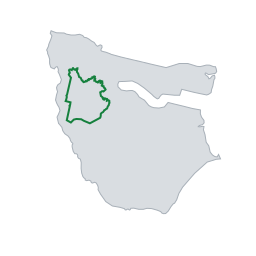 Goudiry, Tambacounda, Senegal (highlighted), rotated 193°
{"feature_id": "50182788B18390590381778", "entity_name": "Goudiry", "entity_type": "district", "adm_level": 2, "iso_a3": "SEN", "parent_name": "Senegal", "parent_adm1": "Tambacounda", "projection": "natural_earth1", "projection_center": [-12.97, 13.973], "detail": "medium", "context": "in_parent", "style": "outline", "palette": "green", "viewbox_px": 256, "rotation_deg": 193, "n_neighbors": 0, "source": "geoboundaries", "source_scale": "gbopen_adm2", "svg_char_len": 4798}
<svg xmlns="http://www.w3.org/2000/svg" viewBox="0 0 256 256"><g transform="rotate(193 128 128)"><path d="M196.6,116.7L199.6,122.7L198.9,125.5L198.2,129.7L199.9,132.7L201.9,134.7L203.3,136.5L204.9,139.0L205.1,144.0L204.8,147.6L205.8,149.2L206.7,151.2L206.5,152.9L206.0,154.5L204.1,156.5L203.8,160.2L206.8,164.7L208.8,167.1L208.8,168.6L209.4,170.1L210.8,171.9L211.7,171.5L212.7,170.0L213.1,169.0L215.8,169.4L217.0,169.9L218.7,172.8L219.3,174.8L219.8,177.3L221.5,180.3L223.1,182.5L223.4,183.9L224.8,185.7L223.9,189.8L224.0,191.8L223.1,197.3L222.9,199.9L222.9,200.8L225.1,202.8L224.8,205.5L222.7,205.1L219.0,204.7L211.6,206.2L209.1,205.6L204.2,205.8L200.7,206.6L196.3,208.4L192.9,207.9L191.1,206.5L188.6,206.6L185.9,205.8L183.0,204.5L180.3,203.8L177.4,201.3L176.1,200.8L175.2,201.5L174.4,202.3L173.5,202.8L172.0,202.4L171.4,200.7L171.9,199.0L172.0,197.8L171.3,197.1L169.5,196.9L166.7,196.9L162.1,196.3L161.1,196.0L150.9,195.6L140.3,195.5L131.3,195.5L119.9,195.4L111.9,195.4L104.5,195.4L98.8,198.7L92.5,202.4L84.1,204.3L74.5,203.6L71.4,204.1L68.2,205.7L65.9,206.9L62.6,207.6L58.3,207.0L56.6,207.4L55.5,205.7L54.3,203.0L55.0,201.1L57.7,199.8L61.6,198.1L63.7,199.0L64.9,199.0L65.1,198.0L64.7,197.4L61.7,196.0L60.2,194.1L58.9,195.2L57.8,197.5L56.9,198.2L55.6,198.9L54.8,197.3L54.5,195.7L55.1,194.5L54.8,187.9L55.2,184.3L55.0,181.2L56.9,179.1L58.7,177.9L65.5,177.7L71.9,177.6L78.1,177.7L84.4,177.8L85.0,171.5L87.0,171.1L90.0,170.4L95.5,169.7L101.7,168.9L103.0,167.7L104.1,165.6L104.7,163.8L106.0,163.0L107.7,163.6L110.0,164.6L112.3,166.1L115.0,167.5L116.8,168.4L121.1,170.6L128.5,173.6L134.5,174.8L141.9,172.6L147.2,171.2L147.8,168.5L147.0,165.9L143.1,163.5L137.7,163.8L136.1,164.4L133.6,165.2L132.1,165.5L129.5,165.0L126.3,162.9L124.3,160.8L121.5,159.8L118.2,158.8L112.8,154.6L110.0,153.8L107.4,153.6L102.3,154.4L97.3,156.7L94.7,161.9L89.7,161.8L79.2,161.7L69.5,161.5L61.5,161.9L60.7,158.1L58.8,155.1L55.7,152.5L55.0,150.1L56.1,148.1L59.1,146.4L59.8,145.1L58.2,145.3L55.8,146.4L54.3,146.5L54.1,143.2L51.5,138.9L48.6,131.7L45.3,128.8L42.5,123.0L39.6,120.7L36.9,119.7L34.6,119.9L33.8,122.6L30.9,118.7L34.9,117.4L43.2,112.6L52.9,98.8L61.5,82.6L62.7,78.7L63.7,75.8L64.4,69.1L65.7,65.2L66.8,64.4L68.3,61.4L70.1,56.1L72.1,53.1L74.3,52.5L76.0,52.8L77.3,53.9L80.9,54.5L86.9,54.8L91.5,54.0L94.8,52.2L99.1,51.2L104.4,51.2L107.2,50.4L107.5,48.9L108.2,48.4L109.3,49.0L110.4,48.8L111.4,47.7L112.3,47.6L113.3,48.6L117.8,48.9L125.7,48.5L133.1,51.3L139.8,57.3L143.3,61.2L143.5,63.2L144.6,65.2L146.6,67.3L148.4,67.6L150.1,66.4L151.4,66.5L152.4,68.0L154.3,68.4L156.4,67.4L158.0,67.7L158.2,68.7L158.6,69.1L159.6,69.4L161.0,70.5L163.0,73.7L164.6,78.1L165.8,83.8L167.4,86.9L169.4,87.4L170.6,88.6L170.8,89.9L171.4,90.8L172.4,91.3L174.1,91.0L176.1,92.9L178.2,97.1L178.6,99.0L178.2,100.0L178.4,100.7L179.8,101.4L181.2,102.8L182.3,104.8L184.6,106.7L188.3,108.2L190.9,110.6L192.6,113.8L195.9,116.4L196.6,116.7Z" fill="#d9dde1" stroke="#a8b0b8" stroke-width="1"/><path d="M184.9,120.5L182.7,124.0L180.3,125.2L175.5,126.0L172.7,125.1L166.2,124.0L157.5,131.6L157.3,132.3L157.3,133.8L157.7,135.6L157.2,136.7L155.9,137.9L155.3,139.2L155.2,139.9L154.3,140.6L153.5,141.8L153.0,142.0L152.7,142.6L152.6,144.5L151.9,145.7L152.0,146.6L151.7,148.4L152.1,148.8L152.2,150.1L153.0,150.6L153.5,150.4L154.0,150.8L154.1,150.5L154.4,150.6L154.3,150.2L154.8,149.8L155.2,151.5L155.9,151.3L156.4,151.7L157.1,151.7L157.3,151.3L157.7,151.4L157.7,150.3L158.3,150.3L159.2,151.0L159.7,152.2L161.6,153.1L163.1,156.5L162.3,157.1L161.9,157.8L160.8,158.2L160.1,158.1L158.5,160.4L159.3,161.5L160.4,161.8L161.2,163.2L161.6,162.9L163.1,163.4L162.8,165.3L163.6,167.7L164.1,167.7L163.9,166.8L164.2,166.5L164.2,166.9L165.0,166.8L165.0,167.5L165.6,167.4L165.7,167.0L166.2,167.8L166.5,167.6L166.3,167.1L167.1,166.9L167.6,166.2L167.5,165.9L168.0,165.9L168.1,165.7L168.4,165.9L169.1,165.8L169.2,166.1L170.1,166.2L170.7,166.7L171.5,166.6L171.5,167.0L171.1,167.2L171.0,168.1L171.5,168.2L171.3,168.8L171.6,168.9L171.7,169.6L172.1,169.7L171.8,169.9L171.8,170.6L172.5,170.7L172.6,170.1L173.1,170.0L173.0,169.6L173.2,169.4L174.2,169.3L174.1,168.6L174.6,167.9L175.2,167.9L175.8,167.2L176.8,167.0L176.6,166.6L176.8,166.2L177.1,166.4L177.8,165.4L178.1,165.1L178.3,165.3L178.7,164.2L179.3,164.0L179.9,164.2L180.3,163.4L181.6,162.7L182.7,163.4L182.9,164.0L183.8,164.1L185.4,166.3L187.1,166.7L188.8,169.8L190.3,171.1L190.9,173.2L190.5,173.9L190.7,174.8L191.0,174.7L191.0,174.3L191.3,174.0L192.2,173.5L192.3,173.0L192.7,173.2L193.4,172.8L195.0,174.0L195.2,173.9L195.2,173.3L195.7,172.7L195.8,171.8L197.4,172.1L198.2,171.7L198.5,171.0L197.2,168.9L197.2,168.3L197.6,167.9L197.7,166.6L194.9,164.2L194.9,146.6L195.3,145.8L194.6,144.5L194.6,142.3L194.8,140.2L189.8,140.1L189.6,137.6L190.0,136.5L189.6,136.3L189.4,121.8L184.9,120.5Z" fill="none" stroke="#15803d" stroke-width="2"/></g></svg>